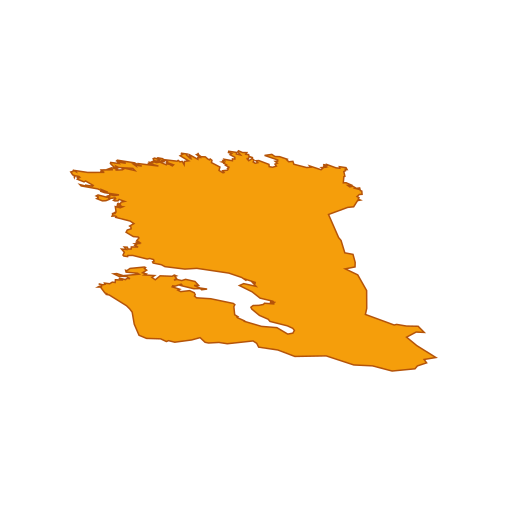 Fræna nor, Møre og Romsdal, Norway (Equal Earth projection), rotated 17°
{"feature_id": "86288312B12375056094040", "entity_name": "Fræna nor", "entity_type": "district", "adm_level": 2, "iso_a3": "NOR", "parent_name": "Norway", "parent_adm1": "Møre og Romsdal", "projection": "equal_earth", "projection_center": [7.135, 62.879], "detail": "fine", "context": "isolated", "style": "filled", "palette": "amber", "viewbox_px": 512, "rotation_deg": 17, "n_neighbors": 0, "source": "geoboundaries", "source_scale": "gbopen_adm2", "svg_char_len": 6105}
<svg xmlns="http://www.w3.org/2000/svg" viewBox="0 0 512 512"><g transform="rotate(17 256 256)"><path d="M339.4,166.0L338.2,163.0L336.6,162.9L335.2,160.6L332.8,161.7L335.3,162.1L330.9,162.3L331.5,161.8L328.2,161.0L325.4,162.5L323.2,161.7L327.7,160.4L320.7,159.6L318.1,160.5L316.8,154.4L317.7,153.8L315.3,149.6L316.7,148.2L316.1,147.1L317.8,146.7L316.2,145.2L309.6,146.2L310.5,147.6L306.7,148.3L296.9,147.8L297.3,148.4L293.5,148.9L297.0,150.0L294.0,150.7L295.8,151.1L292.8,152.3L294.1,152.7L293.0,154.5L281.0,154.2L282.3,155.1L278.6,156.6L265.4,157.2L263.6,154.7L259.8,156.3L257.2,155.0L257.6,154.3L249.5,154.1L245.0,155.3L241.4,154.2L234.8,157.3L248.7,157.8L249.0,159.0L246.7,159.9L249.3,161.0L247.3,162.6L249.2,164.1L245.9,166.3L242.5,166.7L241.6,164.6L230.8,163.9L228.1,164.9L230.4,166.2L228.1,167.6L225.8,166.9L226.2,165.0L223.9,163.9L221.2,167.0L218.5,165.3L220.2,165.4L220.4,163.1L224.5,162.9L220.2,162.8L219.3,161.2L216.5,161.8L217.0,159.8L212.8,161.0L208.5,160.5L208.1,161.7L211.7,163.9L207.4,164.2L207.3,162.6L199.3,163.8L199.4,165.1L202.8,165.1L201.6,166.7L206.9,167.8L207.4,169.5L205.1,170.0L205.6,171.8L197.1,172.8L198.3,174.1L196.4,174.4L197.1,175.3L195.9,176.0L198.4,176.0L198.1,176.8L201.0,177.4L200.4,178.2L204.1,179.0L203.2,180.5L204.1,180.7L203.6,182.3L199.2,184.2L201.0,185.5L200.1,186.1L195.6,185.0L195.5,181.5L186.1,179.7L185.9,177.4L183.8,176.6L183.4,177.7L181.7,177.4L178.6,176.0L174.4,177.1L171.3,175.9L170.4,174.3L170.9,175.5L169.5,176.4L173.7,178.2L171.6,178.9L172.1,180.5L161.7,178.4L163.9,179.3L164.4,180.1L163.5,180.1L165.3,181.9L164.5,181.9L160.1,179.8L160.5,178.6L154.1,179.6L156.3,180.0L154.1,182.3L163.7,184.7L159.9,186.5L160.6,189.7L157.8,187.1L155.8,188.2L153.6,187.3L152.8,188.4L140.6,190.6L143.8,191.7L143.2,192.6L150.5,192.9L149.7,194.3L148.0,194.0L148.4,193.3L143.4,194.1L143.4,195.0L137.1,194.4L136.9,193.6L141.1,192.6L137.3,192.4L140.2,191.7L138.4,190.2L133.4,190.8L132.6,191.9L136.4,192.2L130.4,192.0L129.2,193.0L130.2,194.3L134.0,194.7L133.5,194.1L135.6,192.7L135.2,193.6L136.5,193.6L136.0,194.6L133.7,195.8L129.4,195.8L128.6,196.6L130.7,197.0L126.9,197.5L127.8,198.2L125.3,198.9L136.4,198.5L116.1,202.1L116.2,203.5L120.5,203.4L114.5,204.4L115.0,205.0L112.0,204.0L115.3,203.0L112.7,202.4L95.4,204.9L95.0,205.6L98.8,205.2L104.4,205.4L96.3,206.5L98.1,207.6L89.7,209.0L89.7,210.1L94.2,212.5L97.1,211.8L96.2,211.1L98.8,211.5L112.6,208.2L115.3,209.7L103.0,210.6L101.7,211.3L104.3,211.2L103.1,212.6L97.7,214.6L96.4,214.7L98.9,213.1L92.1,213.9L89.7,215.7L93.9,215.4L83.0,218.9L84.3,219.6L82.3,220.3L86.5,220.4L70.6,225.3L58.4,227.1L59.3,228.0L56.3,227.4L56.1,228.7L54.3,229.8L57.0,232.0L59.4,232.2L59.0,233.4L59.4,234.0L59.6,232.1L63.5,231.7L64.3,232.1L61.5,233.2L63.7,233.2L62.7,234.8L69.9,235.4L71.1,234.1L79.7,236.1L79.3,237.0L72.6,238.0L73.0,238.9L66.7,239.2L68.3,240.1L85.0,238.1L90.5,238.8L89.2,237.7L95.6,238.3L88.0,239.5L92.7,239.7L107.1,237.6L102.7,239.8L98.1,240.0L98.6,241.5L96.9,241.6L96.1,243.4L87.1,243.8L85.6,245.3L88.6,245.7L87.3,246.0L88.0,246.8L87.0,247.7L93.0,248.2L96.3,247.0L99.3,244.6L97.2,243.0L100.2,243.4L104.3,241.6L105.0,242.2L103.4,244.4L104.9,244.6L107.9,243.6L108.5,241.9L114.4,242.2L111.3,243.9L111.0,245.9L110.1,245.9L111.5,247.0L108.4,246.6L108.6,248.7L114.3,247.8L112.1,249.6L107.0,249.9L109.2,254.6L108.2,255.7L109.0,255.7L108.7,256.6L105.8,257.5L107.0,257.7L106.7,260.0L109.2,259.0L110.9,259.0L110.6,260.1L125.4,259.4L129.8,260.7L126.4,264.3L127.9,264.8L128.6,266.5L125.3,268.8L124.8,271.3L133.0,273.3L137.7,272.3L138.8,273.0L137.5,276.0L140.5,277.0L136.7,277.8L142.0,277.7L136.4,279.8L138.1,280.2L137.1,281.3L140.6,281.9L134.1,283.8L134.6,285.8L131.7,286.8L130.3,285.2L127.4,285.9L130.1,287.7L125.4,288.7L129.0,291.0L128.5,294.0L129.6,294.7L133.4,294.1L133.3,293.0L137.9,291.5L152.8,290.7L155.2,289.4L159.1,289.4L160.0,290.8L158.8,291.9L159.7,292.8L168.1,292.0L172.0,292.8L191.8,289.3L203.0,285.1L235.0,280.3L248.6,280.7L254.1,282.4L252.5,281.3L263.0,281.5L263.1,282.4L260.8,282.6L264.9,285.0L252.3,286.0L248.8,289.1L262.8,291.4L272.2,295.1L285.3,294.3L286.6,294.9L283.4,295.7L283.5,296.7L286.7,295.3L286.0,296.6L287.7,296.5L277.9,298.7L277.3,300.1L273.3,302.3L267.7,304.2L266.1,306.5L267.5,308.0L276.6,311.8L286.1,312.9L288.5,314.5L306.4,313.6L312.3,314.4L314.5,316.0L313.8,319.0L309.2,321.4L296.9,318.4L281.8,321.7L263.1,321.9L264.7,321.5L256.2,320.4L255.6,319.9L256.3,319.3L252.8,318.4L249.6,310.9L250.0,308.7L248.1,308.0L225.2,310.1L211.3,313.4L208.9,312.3L209.2,310.8L207.7,309.2L202.7,308.5L194.4,312.1L191.3,311.5L192.8,310.1L184.8,310.0L185.1,308.8L187.4,308.5L192.7,304.8L193.5,305.3L192.6,306.2L193.7,306.2L206.0,305.5L212.3,303.4L213.9,304.2L218.9,301.9L211.7,303.0L205.4,302.2L209.7,300.9L205.1,298.2L195.5,298.9L192.2,301.2L187.2,301.6L184.7,303.1L186.5,300.6L184.3,299.2L185.6,298.3L183.4,298.1L181.8,299.9L170.1,303.0L166.6,308.2L162.7,306.9L164.7,304.4L154.6,306.8L156.2,305.2L152.4,305.2L155.6,301.5L153.0,300.6L153.7,299.3L152.4,299.2L139.2,304.7L136.8,307.8L135.5,307.8L136.5,309.4L147.8,307.1L149.5,307.6L134.8,313.6L128.0,313.5L125.1,314.7L130.7,315.5L138.2,313.4L142.1,314.6L139.6,314.9L138.0,316.5L138.8,316.7L131.2,317.1L135.9,317.9L128.5,319.8L129.1,322.5L126.2,323.0L124.2,325.3L119.1,326.2L120.0,327.1L118.0,328.3L113.7,328.6L116.9,329.0L117.2,330.5L115.1,330.7L113.9,331.9L116.4,331.2L122.3,335.5L125.2,335.8L123.3,336.6L127.1,336.2L146.7,341.4L150.7,343.5L154.0,345.9L159.5,356.8L167.3,366.0L175.4,366.8L189.0,363.1L195.3,364.0L197.1,362.5L203.5,362.2L219.0,355.1L226.4,350.4L232.5,353.4L236.0,353.1L245.8,349.5L254.2,348.3L278.0,338.1L282.2,339.3L285.2,342.4L304.3,339.5L322.5,340.7L352.3,331.0L381.4,331.6L399.5,327.0L419.8,326.2L441.0,317.4L442.5,313.9L450.4,308.3L447.0,305.8L457.7,300.5L436.0,294.7L423.7,289.6L431.4,281.9L439.2,279.9L431.6,275.8L420.4,279.0L410.5,280.3L408.3,281.6L377.7,279.9L377.2,273.7L371.9,256.7L358.8,244.3L345.1,242.2L353.9,237.5L352.7,233.1L348.3,226.1L340.0,227.0L332.8,216.3L329.6,214.2L313.2,195.1L329.5,182.7L335.0,180.4L336.9,173.4L339.5,172.0L337.1,171.7L337.4,170.1L335.2,169.6L336.8,167.0L339.4,166.0Z" fill="#f59e0b" stroke="#b45309" stroke-width="1.5"/></g></svg>